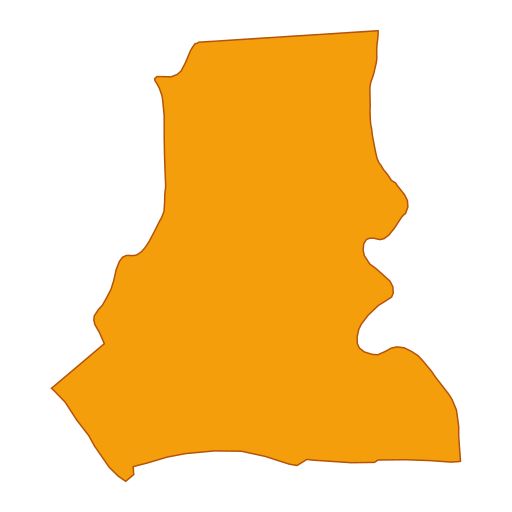 outline of Piaye, Saint Lucia
{"feature_id": "8701671B45365250149949", "entity_name": "Piaye", "entity_type": "district", "adm_level": 2, "iso_a3": "LCA", "parent_name": "Saint Lucia", "parent_adm1": "", "projection": "albers", "projection_center": [-61.022, 13.757], "detail": "fine", "context": "isolated", "style": "filled", "palette": "amber", "viewbox_px": 512, "rotation_deg": 0, "n_neighbors": 0, "source": "geoboundaries", "source_scale": "gbopen_adm2", "svg_char_len": 2260}
<svg xmlns="http://www.w3.org/2000/svg" viewBox="0 0 512 512"><path d="M51.5,388.3L54.3,390.9L65.1,402.1L76.9,420.3L88.7,435.5L94.6,446.2L109.3,467.4L118.4,476.3L125.7,481.3L133.7,474.6L133.2,466.6L147.3,463.0L167.1,457.1L185.5,453.6L214.4,450.9L241.4,451.2L265.2,456.4L289.1,464.1L297.0,465.5L306.9,459.4L312.4,460.1L351.1,462.7L374.4,462.4L378.1,460.0L405.1,459.7L430.2,460.6L451.1,462.1L458.5,461.6L460.5,461.3L458.7,436.2L458.7,426.4L457.5,417.6L456.4,409.9L452.0,399.4L448.9,394.4L435.7,377.4L431.8,371.7L423.6,361.7L418.1,355.7L411.8,351.6L404.2,347.8L397.0,346.9L391.2,348.1L385.4,351.4L377.7,354.8L371.9,354.3L364.3,351.9L359.4,348.1L357.3,343.5L357.1,336.8L358.9,329.0L361.5,323.9L368.4,314.9L378.6,305.3L385.8,300.8L391.6,297.0L393.3,292.9L392.8,286.7L390.0,281.2L383.0,274.8L375.9,268.5L369.8,264.0L364.3,255.6L363.1,250.2L363.8,243.5L366.6,239.4L369.8,238.2L373.8,238.2L377.9,239.2L379.8,239.6L384.0,238.7L388.8,235.1L394.4,228.2L401.1,217.9L403.2,215.3L405.6,213.4L407.9,206.9L407.4,200.5L404.6,194.8L397.0,185.2L395.6,183.0L391.4,180.4L387.7,174.7L383.4,169.5L381.0,165.4L379.0,162.7L378.1,160.9L377.3,158.9L376.3,155.3L375.6,152.0L375.1,149.6L374.9,148.4L374.6,147.2L374.0,143.8L373.4,140.8L372.8,137.7L372.4,135.5L371.9,131.3L371.5,128.1L370.7,124.4L370.3,119.6L370.2,116.2L370.0,110.8L370.2,106.0L369.9,90.4L369.9,87.7L370.2,85.4L370.7,82.9L371.1,81.4L371.8,79.3L372.8,76.7L373.3,75.0L373.9,73.1L374.2,71.8L374.7,69.6L374.9,68.4L375.8,64.9L376.1,63.4L376.4,61.9L376.7,59.7L376.8,58.4L376.8,56.8L376.7,54.6L376.7,52.5L376.7,49.5L376.9,46.4L377.1,43.7L377.4,41.6L377.8,38.0L378.1,35.1L378.1,30.7L198.8,42.2L196.6,43.5L195.2,43.6L192.5,47.2L190.4,50.8L185.5,62.6L181.1,71.0L177.3,74.4L171.0,76.9L163.4,76.6L156.9,76.6L154.7,78.6L155.0,80.8L156.6,83.1L159.3,88.1L162.0,95.7L162.6,99.6L164.2,115.9L164.2,136.3L164.5,155.1L165.0,169.7L165.7,186.3L164.8,194.1L164.6,202.5L164.3,207.0L164.0,211.4L161.5,217.7L159.0,222.2L155.2,230.0L149.0,241.7L145.3,247.3L141.5,251.7L137.1,254.7L135.1,255.4L131.9,255.6L127.0,255.4L125.6,255.8L122.5,257.3L119.4,261.4L116.2,269.6L113.7,280.7L111.0,289.3L107.3,296.5L102.3,305.4L98.7,309.2L94.3,315.8L93.8,319.9L94.9,324.6L99.4,332.4L104.3,343.7L51.5,388.3Z" fill="#f59e0b" stroke="#b45309" stroke-width="1.5"/></svg>